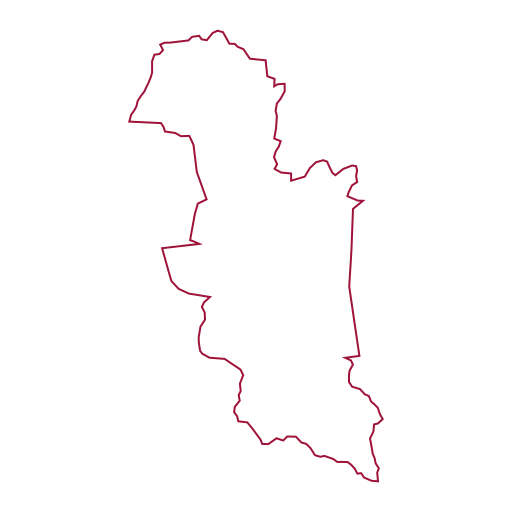 Vale do Sol, Rio Grande do Sul, Brazil
{"feature_id": "56859067B27359925158084", "entity_name": "Vale do Sol", "entity_type": "district", "adm_level": 2, "iso_a3": "BRA", "parent_name": "Brazil", "parent_adm1": "Rio Grande do Sul", "projection": "robinson", "projection_center": [-52.687, -29.586], "detail": "fine", "context": "isolated", "style": "outline", "palette": "rose", "viewbox_px": 512, "rotation_deg": 0, "n_neighbors": 0, "source": "geoboundaries", "source_scale": "gbopen_adm2", "svg_char_len": 2155}
<svg xmlns="http://www.w3.org/2000/svg" viewBox="0 0 512 512"><path d="M378.0,481.3L377.2,472.6L378.8,468.3L375.6,463.2L374.7,458.4L372.7,453.6L371.0,443.4L370.0,438.6L373.4,431.6L374.1,424.4L377.9,423.5L382.7,419.1L380.0,414.3L377.8,407.8L374.7,404.6L371.0,401.4L368.9,396.1L364.7,394.2L360.0,389.1L352.1,386.7L349.0,382.0L349.0,374.9L349.6,370.7L352.9,364.6L351.0,360.5L345.3,357.8L359.4,355.9L349.2,286.5L351.0,257.8L351.5,248.6L353.0,208.9L362.9,200.8L357.8,200.6L347.4,196.2L348.7,192.1L352.0,185.4L357.1,182.1L356.1,176.1L357.1,170.4L356.1,166.2L352.2,165.5L343.3,168.9L335.4,175.2L332.4,172.9L329.1,166.2L327.1,161.6L323.2,160.2L315.9,162.3L309.9,168.0L304.8,176.6L291.1,180.7L291.1,173.5L281.0,172.5L274.6,168.9L277.1,164.2L274.0,157.2L275.7,151.4L278.7,146.8L280.7,141.2L274.2,138.5L276.0,128.7L276.9,116.1L275.6,110.6L276.9,103.5L280.3,99.2L284.7,91.4L284.6,83.8L277.5,84.3L274.2,86.3L274.6,78.9L267.3,76.2L265.6,60.3L249.9,58.7L243.4,49.2L237.7,46.8L234.8,43.9L229.4,43.7L223.0,32.2L217.5,30.7L212.6,33.0L206.8,40.2L201.6,39.3L199.1,35.8L192.0,36.9L188.5,40.4L182.1,41.2L169.5,42.7L164.6,42.7L160.2,44.6L163.0,50.1L159.5,54.0L154.4,54.7L152.1,61.2L152.1,67.4L152.1,72.4L150.9,76.9L148.6,82.6L146.4,87.0L144.4,91.4L140.9,96.0L137.7,100.9L136.4,106.4L134.4,110.1L131.1,114.9L129.3,121.6L161.0,123.1L163.6,127.1L165.0,131.5L175.2,133.0L181.0,136.2L189.3,135.9L193.5,144.8L196.8,172.0L206.6,199.4L197.8,203.6L194.8,214.2L190.1,240.1L194.9,241.9L199.3,243.9L162.1,248.2L169.4,274.2L171.5,281.2L178.8,289.0L184.8,291.7L189.0,293.6L209.9,297.0L204.0,302.4L201.9,306.8L204.7,312.6L205.0,319.7L200.5,326.6L198.7,337.0L198.8,342.5L200.1,350.8L202.4,353.8L209.5,357.7L224.6,358.9L240.5,369.6L243.2,375.1L239.9,383.8L240.7,391.0L238.7,395.1L239.7,400.7L234.8,406.9L234.1,412.2L237.1,416.2L238.3,421.3L247.3,422.4L252.1,428.2L260.6,439.7L262.2,443.9L268.3,444.1L276.5,438.3L283.2,440.5L287.3,436.5L295.9,436.7L301.4,442.5L306.3,443.9L310.4,448.0L315.0,455.2L320.4,456.8L324.3,455.9L333.1,458.9L337.2,461.9L347.4,462.0L351.0,464.6L354.7,468.6L357.4,473.6L361.1,473.2L364.1,477.6L371.7,480.8L378.0,481.3Z" fill="none" stroke="#9f1239" stroke-width="2"/></svg>